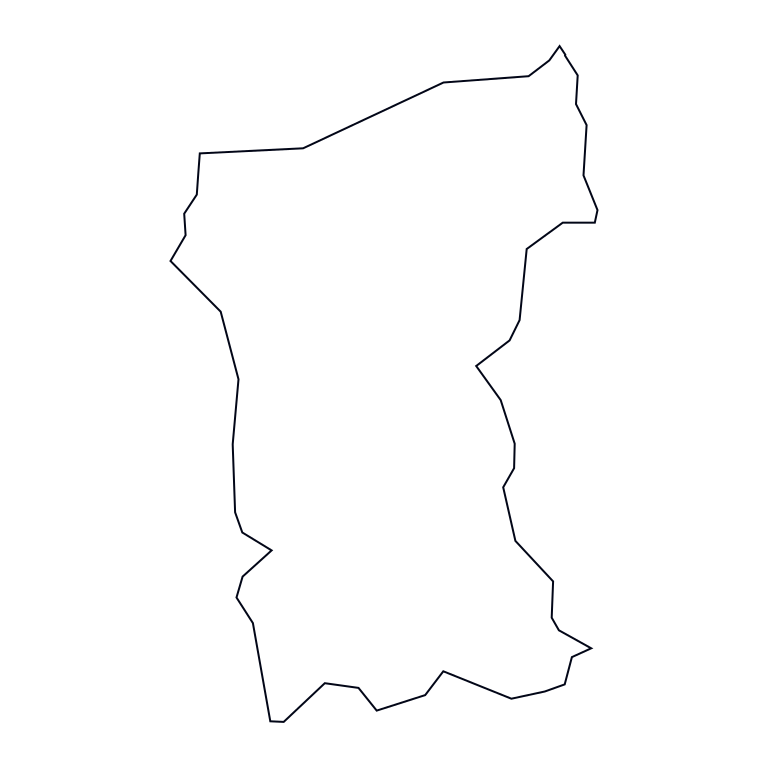 the District of Coleraine
{"feature_id": "GBR-2100", "entity_name": "Coleraine", "entity_type": "District", "adm_level": 1, "iso_a3": "GBR", "parent_name": "United Kingdom", "parent_adm1": "", "projection": "mercator", "projection_center": [-6.661, 55.068], "detail": "fine", "context": "isolated", "style": "outline", "palette": "ink", "viewbox_px": 768, "rotation_deg": 0, "n_neighbors": 0, "source": "natural_earth", "source_scale": "10m", "svg_char_len": 768}
<svg xmlns="http://www.w3.org/2000/svg" viewBox="0 0 768 768"><path d="M199.8,153.4L303.1,148.3L443.5,82.5L528.6,76.2L549.3,60.4L559.6,46.1L565.3,54.7L565.0,55.6L577.7,75.4L576.0,104.1L586.6,125.1L583.5,175.4L597.5,210.1L594.8,222.7L562.7,222.7L526.7,249.0L519.6,320.1L509.6,340.4L476.2,366.0L500.7,400.1L514.7,443.7L514.1,468.2L503.2,487.3L515.4,540.9L553.1,581.4L551.7,617.7L558.9,630.3L591.2,648.3L571.9,657.1L564.7,684.4L544.8,691.5L511.4,698.7L443.3,671.3L425.2,695.1L376.7,710.6L358.5,687.9L324.8,683.2L283.7,721.9L270.3,721.3L252.9,623.1L236.5,597.5L242.6,576.6L271.6,550.4L242.3,532.5L235.1,512.3L232.7,444.3L238.5,379.3L220.7,311.7L170.5,261.0L185.6,235.2L184.2,213.7L196.8,194.6L198.3,173.3L199.8,153.4Z" fill="none" stroke="#020617" stroke-width="2"/></svg>